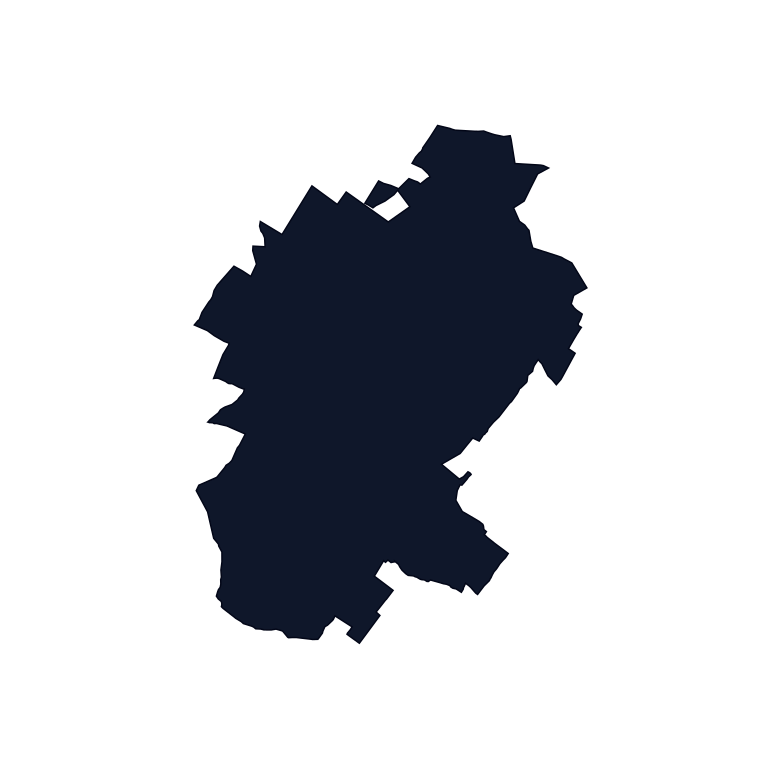 Tekit, Yucatán, Mexico, rotated 301°
{"feature_id": "50627088B28791012424217", "entity_name": "Tekit", "entity_type": "district", "adm_level": 2, "iso_a3": "MEX", "parent_name": "Mexico", "parent_adm1": "Yucatán", "projection": "mercator", "projection_center": [-89.286, 20.569], "detail": "fine", "context": "isolated", "style": "filled", "palette": "ink", "viewbox_px": 768, "rotation_deg": 301, "n_neighbors": 0, "source": "geoboundaries", "source_scale": "gbopen_adm2", "svg_char_len": 4575}
<svg xmlns="http://www.w3.org/2000/svg" viewBox="0 0 768 768"><g transform="rotate(301 384 384)"><path d="M653.9,413.8L653.3,408.2L652.3,405.5L640.4,382.7L659.2,366.9L661.8,364.3L657.7,359.2L655.9,354.0L654.7,350.6L653.9,347.5L652.8,342.5L652.2,339.2L649.2,334.8L647.3,331.5L638.3,314.4L638.1,313.8L637.9,313.0L637.4,311.1L637.0,308.8L636.8,308.2L633.2,296.8L618.8,296.4L608.1,295.7L606.3,295.6L605.4,296.0L602.6,296.1L600.5,295.3L594.7,294.3L587.6,294.4L588.8,305.4L586.9,313.7L585.2,317.0L582.7,315.3L574.0,312.1L574.4,310.3L574.5,308.6L573.8,305.4L572.9,299.6L558.9,296.0L557.7,287.6L555.7,280.3L555.3,274.8L529.1,274.5L529.4,278.8L529.3,283.8L532.8,285.2L541.4,290.7L546.0,292.6L546.8,293.0L551.5,295.0L557.1,295.9L549.3,314.9L525.1,304.2L529.1,252.7L513.9,251.5L513.9,250.9L516.7,220.2L459.6,219.6L459.6,194.3L455.3,196.0L451.7,199.8L450.7,202.5L447.8,206.4L440.4,211.4L434.7,200.7L430.7,202.8L421.0,213.0L407.6,214.4L408.0,204.9L407.7,194.7L382.9,190.2L376.7,190.2L370.6,192.0L367.0,192.1L364.1,191.6L351.7,191.1L344.0,192.5L342.2,191.8L336.9,191.0L338.8,205.1L338.0,213.7L338.2,224.9L339.2,230.3L337.0,230.8L330.0,230.8L326.3,230.8L313.6,232.9L301.0,235.1L301.8,236.1L303.1,238.0L303.7,239.8L304.6,247.0L304.4,248.9L304.4,250.5L305.1,252.1L305.6,252.7L306.1,254.0L306.5,261.3L307.3,265.9L307.7,266.9L304.8,267.9L302.3,267.9L300.5,267.5L297.1,266.8L295.0,266.8L288.2,264.3L282.4,259.6L280.7,258.6L277.7,257.1L273.9,256.9L267.6,254.6L263.8,253.2L260.9,252.7L260.6,252.6L261.0,254.4L261.5,255.2L262.6,257.3L262.6,258.8L264.0,261.0L264.6,263.0L264.8,263.7L267.1,270.8L268.0,277.7L269.7,290.9L257.3,291.7L255.6,291.5L253.9,291.2L240.1,293.0L236.5,292.2L233.0,290.5L231.0,290.5L230.4,290.5L229.5,290.4L218.2,288.8L217.7,288.5L217.4,288.4L201.9,277.4L195.9,278.0L183.6,298.6L164.0,317.5L161.5,324.5L159.9,325.9L156.5,331.6L148.1,336.7L140.6,340.0L134.7,344.1L132.2,344.8L128.4,347.2L125.3,348.3L122.6,348.0L120.4,348.4L115.8,349.6L114.5,352.5L114.4,352.6L113.8,356.5L112.7,357.7L111.0,358.8L109.4,359.3L108.8,361.5L108.3,365.7L107.1,375.6L106.8,377.5L106.8,383.8L106.5,385.6L106.2,386.8L108.3,395.4L108.5,397.5L108.1,400.1L110.5,404.6L111.4,407.7L115.2,414.1L118.3,417.7L119.7,422.9L120.0,424.4L117.3,432.0L117.4,432.9L119.5,436.0L121.5,439.3L127.7,453.0L128.3,454.5L131.1,458.8L132.6,459.0L138.7,459.5L140.7,458.9L145.5,458.3L148.2,459.8L155.0,461.7L155.2,461.4L156.0,461.4L156.2,461.8L160.0,461.4L159.4,481.7L156.1,481.7L151.5,481.0L150.4,481.2L149.1,496.4L183.5,499.7L184.5,494.7L199.7,496.6L200.6,496.9L211.8,498.1L214.3,474.7L232.4,474.7L231.9,477.1L233.7,477.7L233.9,477.6L235.1,478.0L235.1,478.4L235.0,478.5L235.0,478.8L235.0,479.0L234.9,479.5L234.8,480.7L234.6,482.0L235.7,483.1L236.6,484.2L237.3,485.1L237.6,484.8L237.2,487.0L237.1,488.4L236.3,490.4L235.5,491.4L233.7,495.3L232.6,500.3L232.4,503.3L234.7,508.1L234.8,510.0L235.3,511.5L235.3,512.0L235.3,514.2L235.3,515.6L235.7,517.1L236.9,519.5L236.9,522.5L237.6,523.8L239.9,524.7L242.5,534.1L243.4,537.8L244.5,540.6L245.1,544.0L244.9,544.8L244.4,545.9L244.4,548.2L245.5,551.4L245.3,557.6L247.2,557.6L248.8,557.6L250.9,556.9L251.5,557.0L255.2,556.5L254.8,560.7L254.3,563.2L252.0,570.3L251.8,572.6L262.6,573.8L267.2,575.0L268.5,575.3L269.6,575.6L270.6,575.5L271.5,575.4L273.0,575.5L276.3,575.1L279.6,575.0L282.0,575.4L282.5,575.5L284.3,575.7L289.7,575.9L294.4,576.8L297.7,577.6L302.7,577.8L304.4,561.0L305.4,553.5L305.7,551.1L305.9,550.7L306.6,547.6L310.2,547.8L310.7,544.6L313.5,542.4L314.6,541.0L315.2,536.5L315.1,521.5L315.0,516.8L321.3,505.5L330.4,501.7L336.6,501.1L337.5,502.9L345.3,504.2L347.8,504.3L351.3,505.3L351.6,504.9L352.1,503.2L352.0,501.2L345.5,499.9L341.3,497.5L344.8,474.6L363.8,485.1L374.0,486.5L383.4,487.9L384.1,495.0L386.3,495.1L389.4,495.3L391.4,495.3L392.9,496.2L394.1,496.2L396.5,496.9L399.6,496.2L407.6,497.5L414.9,499.5L432.1,501.5L434.5,502.3L444.5,503.1L446.5,503.0L450.0,502.6L450.9,503.2L458.7,505.3L460.0,505.2L465.5,502.8L466.2,503.1L471.4,504.8L474.4,503.8L477.1,503.3L479.8,503.4L484.3,503.6L483.4,506.2L482.7,508.9L480.4,512.5L479.4,514.0L475.4,520.4L474.3,525.8L472.8,530.1L472.1,532.1L479.0,533.3L482.8,533.2L508.8,532.0L509.3,523.9L520.2,523.7L522.8,523.7L526.6,523.7L528.4,523.8L530.2,523.8L534.2,524.0L534.2,520.7L535.5,519.4L541.0,519.0L546.0,517.9L546.5,510.9L547.2,507.7L548.3,505.2L548.9,503.3L557.7,501.0L570.9,508.4L584.5,482.6L584.0,474.0L584.0,470.9L583.4,468.0L583.2,467.1L577.2,441.5L581.9,436.4L590.4,429.1L590.9,427.2L592.7,422.8L593.2,416.3L601.7,404.3L613.0,409.9L627.1,408.7L643.2,407.5L653.9,413.8Z" fill="#0f172a" stroke="#020617" stroke-width="1.5"/></g></svg>